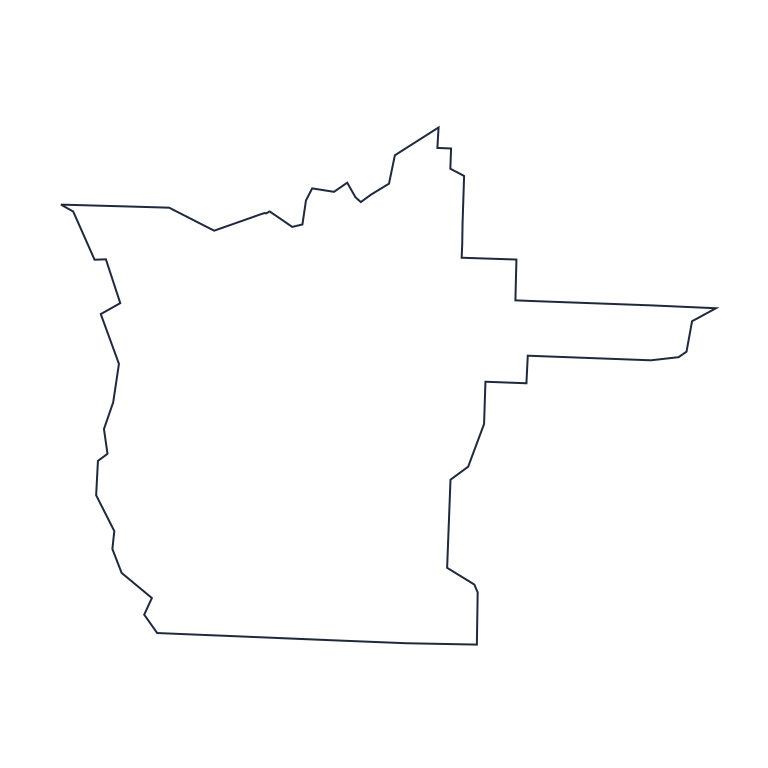 the district of St. Landry, Louisiana, United States of America, rotated 182°
{"feature_id": "52423323B7471592660560", "entity_name": "St. Landry", "entity_type": "district", "adm_level": 2, "iso_a3": "USA", "parent_name": "United States of America", "parent_adm1": "Louisiana", "projection": "albers", "projection_center": [-92.032, 30.574], "detail": "fine", "context": "isolated", "style": "outline", "palette": "slate", "viewbox_px": 768, "rotation_deg": 182, "n_neighbors": 0, "source": "geoboundaries", "source_scale": "gbopen_adm2", "svg_char_len": 1014}
<svg xmlns="http://www.w3.org/2000/svg" viewBox="0 0 768 768"><g transform="rotate(182 384 384)"><path d="M282.1,126.8L283.1,178.9L286.7,186.7L314.5,202.5L314.2,290.7L297.0,304.3L282.6,347.5L282.7,389.8L241.7,389.7L241.3,417.3L162.9,417.1L118.1,417.0L90.5,421.1L82.8,426.9L78.3,457.5L54.9,471.3L119.3,471.9L239.8,472.1L255.6,472.2L256.0,513.0L310.8,512.9L310.7,526.2L311.1,547.0L311.2,594.7L325.2,601.4L325.2,621.7L338.9,621.8L338.4,642.3L381.1,613.0L386.0,584.4L403.9,572.6L413.5,565.0L419.0,569.6L427.8,583.9L440.7,574.3L462.6,577.0L468.4,564.7L471.1,540.6L481.2,537.8L503.7,552.1L504.2,552.4L505.0,552.2L505.7,551.5L507.9,550.4L509.5,550.7L511.2,550.0L513.7,549.1L559.1,531.3L604.9,552.7L643.6,552.5L713.1,552.0L700.6,545.5L677.6,498.1L666.3,498.9L650.4,455.6L669.5,444.0L649.6,394.9L654.0,356.3L662.3,329.2L657.9,304.6L667.2,297.2L667.8,262.8L648.4,227.6L649.7,209.6L639.6,186.0L608.5,162.0L615.6,145.1L602.0,127.2L430.1,126.1L352.8,125.7L282.1,126.8Z" fill="none" stroke="#1e293b" stroke-width="2"/></g></svg>